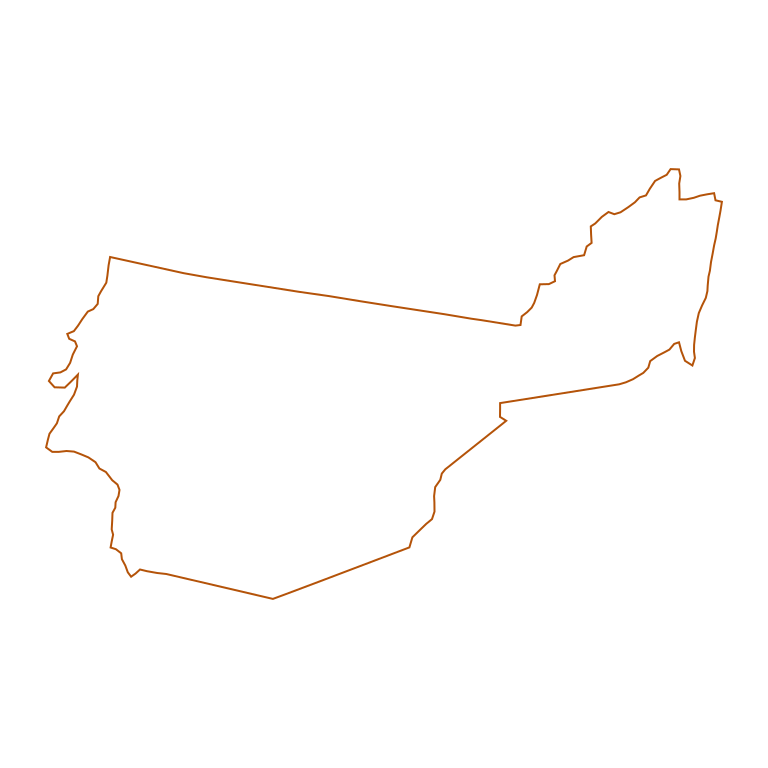 the district of Uruçuca, Bahia, Brazil
{"feature_id": "56859067B25735751163092", "entity_name": "Uruçuca", "entity_type": "district", "adm_level": 2, "iso_a3": "BRA", "parent_name": "Brazil", "parent_adm1": "Bahia", "projection": "albers", "projection_center": [-39.205, -14.52], "detail": "fine", "context": "isolated", "style": "outline", "palette": "amber", "viewbox_px": 768, "rotation_deg": 0, "n_neighbors": 0, "source": "geoboundaries", "source_scale": "gbopen_adm2", "svg_char_len": 2258}
<svg xmlns="http://www.w3.org/2000/svg" viewBox="0 0 768 768"><path d="M110.1,257.0L108.6,265.3L107.4,275.6L106.3,282.7L101.0,291.3L98.3,296.2L97.7,303.9L93.3,309.1L87.8,311.6L82.3,319.1L78.0,325.7L73.9,331.1L67.3,333.9L69.2,338.8L75.0,341.4L77.0,346.3L72.8,354.6L70.1,362.9L66.1,369.4L60.4,372.4L53.1,373.4L48.9,381.0L54.6,387.3L64.8,387.6L71.4,381.2L77.9,374.6L77.3,380.3L77.0,386.6L74.0,394.7L70.0,401.0L67.3,405.5L64.0,411.2L59.2,416.4L56.9,423.3L53.7,427.9L49.5,433.7L47.9,439.7L46.1,447.4L52.3,451.9L58.5,451.9L66.5,451.0L74.0,451.6L81.5,454.5L88.4,457.4L95.5,462.2L99.4,468.5L105.9,472.0L112.2,480.2L117.5,484.6L119.5,489.9L118.5,496.0L115.6,502.2L115.3,507.7L112.5,512.8L112.2,520.9L111.7,529.4L113.1,534.7L111.7,541.5L110.6,547.5L115.9,549.2L121.2,553.3L121.9,559.2L125.3,565.5L127.8,572.3L131.1,576.7L135.5,573.6L140.0,569.5L147.0,571.2L157.2,573.0L166.3,574.0L272.9,598.9L283.2,595.1L324.2,579.7L409.4,547.4L412.4,537.3L420.2,529.7L426.2,523.9L432.0,519.1L434.5,511.6L434.4,502.4L434.1,496.1L435.2,487.1L440.3,479.8L441.8,473.6L445.3,469.3L506.2,420.8L500.0,416.9L500.1,408.7L500.1,403.1L619.2,384.3L625.9,382.3L633.0,379.2L638.9,375.5L643.3,372.9L648.3,367.7L650.2,361.1L657.2,356.0L664.4,352.3L669.4,349.6L674.2,343.9L679.0,342.3L681.3,351.1L685.0,360.8L692.4,365.5L694.9,358.0L694.0,351.7L694.1,344.9L694.9,337.2L695.8,330.0L696.9,321.7L698.8,313.1L702.1,305.4L705.8,297.9L707.4,291.1L707.7,285.6L708.5,276.7L709.9,270.7L711.0,262.1L712.7,253.3L714.1,245.5L715.7,238.4L716.8,231.8L717.8,225.2L719.3,217.3L720.5,210.7L721.9,201.8L715.5,200.3L714.1,193.2L707.2,194.3L700.0,195.7L693.8,197.8L686.2,199.4L679.5,199.4L679.5,192.1L679.2,183.5L680.4,176.0L679.0,169.4L670.6,169.1L666.7,174.8L661.6,177.4L655.1,180.9L649.8,188.8L646.0,195.4L639.6,197.4L634.9,202.3L628.2,207.2L620.5,212.3L614.3,214.2L608.5,212.0L601.8,216.9L595.2,223.5L590.8,226.4L591.1,234.6L591.6,242.9L586.7,246.5L584.1,255.2L573.6,257.1L568.0,260.6L560.3,264.0L557.0,270.6L554.5,275.3L555.0,281.2L548.9,284.1L539.8,284.3L537.0,295.0L534.2,302.9L531.7,307.6L527.2,312.1L521.7,316.4L520.5,325.0L515.4,325.6L481.2,320.1L471.3,318.7L444.4,314.2L392.0,306.2L360.2,301.2L329.1,296.1L298.9,291.8L206.8,277.3L183.8,273.2L110.1,257.0Z" fill="none" stroke="#b45309" stroke-width="2"/></svg>